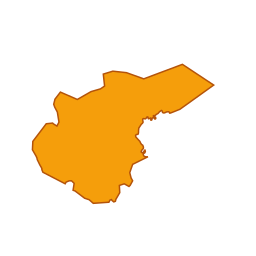 Ngala, Borno, Nigeria, rotated 65°
{"feature_id": "59680162B65219804693248", "entity_name": "Ngala", "entity_type": "district", "adm_level": 2, "iso_a3": "NGA", "parent_name": "Nigeria", "parent_adm1": "Borno", "projection": "natural_earth1", "projection_center": [14.207, 12.351], "detail": "fine", "context": "isolated", "style": "filled", "palette": "amber", "viewbox_px": 256, "rotation_deg": 65, "n_neighbors": 0, "source": "geoboundaries", "source_scale": "gbopen_adm2", "svg_char_len": 2079}
<svg xmlns="http://www.w3.org/2000/svg" viewBox="0 0 256 256"><g transform="rotate(65 128 128)"><path d="M161.2,204.1L162.7,202.6L173.3,197.0L176.6,193.5L181.6,191.3L187.2,176.7L185.7,174.7L185.9,173.2L187.0,173.1L189.0,172.1L189.1,170.4L187.5,169.1L183.1,162.8L176.4,160.1L177.0,155.0L181.4,151.8L180.9,150.3L177.8,146.1L174.6,146.3L169.2,145.3L164.8,141.0L162.9,139.1L162.7,131.1L162.5,122.1L161.8,123.7L160.7,125.2L159.4,125.5L158.0,125.3L157.6,124.6L157.7,123.5L156.8,122.3L155.3,121.9L155.1,122.4L155.8,123.2L156.5,124.4L156.4,125.6L155.2,126.2L154.3,125.4L153.6,124.2L153.1,122.8L151.9,122.1L149.9,121.9L148.7,122.6L147.3,122.9L145.1,122.9L143.0,123.6L141.4,124.1L139.3,124.7L137.8,124.2L137.5,122.9L137.9,121.9L137.7,121.2L136.4,120.3L134.7,119.5L133.4,118.7L132.6,118.2L132.2,117.5L131.7,116.7L130.6,114.9L130.2,114.3L129.9,113.1L129.5,112.4L129.0,111.8L127.9,111.6L126.5,111.1L126.1,110.9L126.0,110.0L126.6,109.1L127.1,108.2L126.8,107.4L126.5,107.0L126.1,106.3L126.3,105.4L126.9,105.3L127.9,105.7L128.4,105.4L128.5,104.7L128.5,103.3L128.8,103.1L129.3,103.2L130.0,103.8L130.4,104.0L130.6,103.8L130.8,103.5L130.8,103.2L130.5,102.8L129.6,102.1L129.2,101.6L129.3,100.7L129.9,100.3L130.6,100.1L131.2,99.9L131.4,99.3L131.1,98.8L130.7,98.6L129.8,98.5L128.2,100.0L127.7,99.9L127.6,99.6L127.8,99.2L128.1,98.4L128.0,97.5L127.6,96.6L127.6,95.6L127.5,94.6L126.9,93.3L126.6,92.6L126.2,90.5L126.3,90.1L126.6,90.0L127.3,89.9L128.5,90.1L129.2,89.7L129.7,88.6L129.8,87.4L129.7,86.3L130.4,84.4L130.8,84.1L131.3,83.8L131.9,84.0L132.2,83.9L132.4,83.1L132.6,80.0L132.9,74.2L133.0,73.2L125.3,32.2L93.3,51.8L90.1,93.0L77.2,106.0L70.1,117.7L68.7,127.6L76.6,130.3L80.1,131.5L80.9,136.4L79.4,146.1L80.7,161.9L66.9,174.1L68.2,176.6L71.0,182.0L75.1,185.3L78.1,185.6L83.7,185.3L93.5,188.1L96.2,191.6L92.5,194.0L91.7,194.2L89.6,200.3L93.3,207.3L99.9,219.9L107.3,223.8L114.4,223.2L116.6,223.2L118.3,223.6L124.2,223.5L127.5,223.2L128.7,223.3L129.4,223.7L132.2,223.8L152.0,208.5L150.9,207.0L151.0,203.7L152.0,201.5L155.4,200.2L161.2,204.1Z" fill="#f59e0b" stroke="#b45309" stroke-width="1.5"/></g></svg>